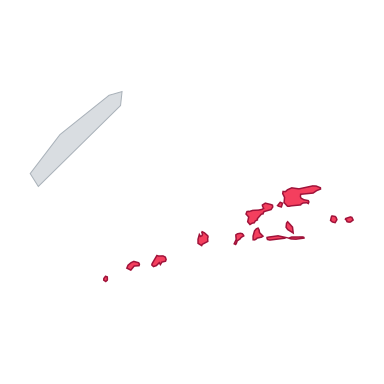 Vanuatu and the surrounding countries, rotated 94°
{"feature_id": "VUT", "entity_name": "Vanuatu", "entity_type": "country or territory", "adm_level": 0, "iso_a3": "VUT", "parent_name": "Oceania", "parent_adm1": "", "projection": "robinson", "projection_center": [167.975, -16.976], "detail": "fine", "context": "with_neighbors", "style": "filled", "palette": "rose", "viewbox_px": 384, "rotation_deg": 94, "n_neighbors": 1, "source": "natural_earth", "source_scale": "50m", "svg_char_len": 2495}
<svg xmlns="http://www.w3.org/2000/svg" viewBox="0 0 384 384"><g transform="rotate(94 192 192)"><path d="M110.7,269.3L197.2,345.7L184.9,354.7L143.9,327.7L101.3,281.5L96.7,268.8L110.7,269.3Z" fill="#d9dde1" stroke="#a8b0b8" stroke-width="1"/><path d="M184.6,71.1L186.7,83.5L189.2,83.5L190.5,82.8L191.9,79.9L192.5,75.4L193.8,74.7L195.4,75.2L194.7,76.7L195.2,80.3L196.4,82.3L197.3,82.7L198.9,92.2L199.5,94.2L199.5,95.8L196.1,99.4L190.9,99.3L187.3,101.4L185.1,101.2L185.1,98.8L183.1,96.9L180.9,92.8L181.4,85.5L177.5,72.0L177.4,68.6L178.8,64.2L180.1,64.0L181.9,67.7L184.6,71.1ZM206.5,118.7L208.0,119.5L208.8,119.5L209.3,121.3L214.0,124.9L215.3,124.8L216.4,126.8L218.4,127.8L218.9,129.8L220.4,131.9L217.8,134.4L213.0,133.7L210.2,136.6L207.7,135.8L207.3,134.4L207.6,133.9L206.1,130.1L205.4,124.3L204.4,120.8L203.3,119.4L201.1,120.7L200.1,120.9L198.0,118.1L199.0,112.4L199.5,110.8L201.3,110.4L204.0,111.9L206.5,118.7ZM269.1,225.2L267.6,227.0L266.3,226.8L257.8,222.6L258.2,220.9L257.8,216.4L258.8,214.1L261.1,213.1L262.9,213.6L264.0,217.1L266.6,218.5L264.8,219.7L267.9,222.4L269.1,225.2ZM240.2,172.8L243.5,178.1L244.8,178.6L242.8,182.4L238.7,182.7L233.9,181.7L235.7,180.4L234.8,178.9L233.3,178.6L231.6,179.4L230.9,179.1L231.9,176.7L234.6,173.2L235.4,172.9L236.1,172.9L236.8,173.2L240.2,172.8ZM235.4,127.7L231.7,128.0L226.4,126.9L224.3,125.3L223.4,123.6L225.2,122.4L227.8,121.8L231.1,118.1L232.2,119.5L233.4,123.7L234.7,125.0L235.4,126.2L235.4,127.7ZM274.2,247.6L272.5,251.7L269.5,250.7L266.7,247.8L265.3,245.2L266.3,240.3L267.7,239.4L269.2,239.7L269.9,244.5L274.2,247.6ZM232.7,114.0L232.1,114.0L231.6,112.3L229.7,103.1L230.9,94.9L231.7,96.6L234.5,111.0L234.1,113.4L232.7,114.0ZM240.3,144.2L241.3,144.8L240.7,146.3L236.2,144.6L232.6,145.2L231.6,145.2L230.5,143.7L229.8,140.9L230.1,138.9L231.6,137.5L232.2,137.3L233.3,139.0L234.4,140.2L235.4,140.7L237.6,143.5L240.3,144.2ZM222.8,93.9L220.6,95.7L216.5,95.5L215.0,94.5L220.0,89.3L225.8,88.2L222.8,93.9ZM212.1,49.9L210.7,51.8L207.0,51.2L206.1,50.7L206.4,47.6L207.3,46.5L209.5,45.5L212.6,47.1L212.1,49.9ZM208.9,36.7L208.5,37.1L207.7,36.8L205.8,32.2L206.2,30.7L208.7,29.3L210.9,31.8L211.1,33.2L211.0,34.4L210.7,35.4L209.3,35.8L208.9,36.7ZM231.9,89.9L231.3,92.2L230.0,89.6L229.1,78.2L229.5,77.2L230.2,77.1L231.8,85.0L231.9,89.9ZM287.3,271.8L286.1,273.9L284.4,273.9L282.1,272.4L282.6,270.6L285.1,270.3L285.9,270.4L287.3,271.8ZM200.1,104.7L199.6,105.7L196.1,103.3L196.9,100.9L200.7,101.8L200.1,104.7Z" fill="#f43f5e" stroke="#9f1239" stroke-width="1.5"/></g></svg>